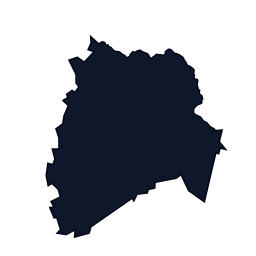 outline of Monroe, Tennessee, United States of America, rotated 259°
{"feature_id": "52423323B41310745386926", "entity_name": "Monroe", "entity_type": "district", "adm_level": 2, "iso_a3": "USA", "parent_name": "United States of America", "parent_adm1": "Tennessee", "projection": "robinson", "projection_center": [-84.153, 35.439], "detail": "fine", "context": "isolated", "style": "filled", "palette": "ink", "viewbox_px": 256, "rotation_deg": 259, "n_neighbors": 0, "source": "geoboundaries", "source_scale": "gbopen_adm2", "svg_char_len": 2295}
<svg xmlns="http://www.w3.org/2000/svg" viewBox="0 0 256 256"><g transform="rotate(259 128 128)"><path d="M108.1,220.0L108.8,212.6L109.0,212.9L109.5,213.0L111.1,212.2L111.3,211.7L113.7,208.9L118.6,206.1L119.5,204.4L121.1,203.1L124.4,201.6L125.3,200.8L128.1,197.0L129.4,195.8L130.7,195.3L133.2,195.8L134.7,196.5L136.7,199.1L136.8,199.6L137.6,200.6L138.0,203.8L138.5,205.0L138.9,205.4L141.1,205.6L142.4,206.9L145.7,206.6L146.2,205.9L148.3,204.6L148.9,204.6L151.3,205.5L151.6,205.3L152.1,204.5L153.3,204.3L157.4,204.1L158.5,204.4L159.6,205.0L160.6,205.4L161.5,205.5L162.1,205.4L162.6,205.1L162.7,204.3L163.1,203.1L163.4,203.0L164.6,202.6L166.6,202.7L166.6,203.0L166.8,203.3L167.2,203.3L168.8,202.8L170.6,203.4L170.9,203.6L172.4,203.9L174.2,202.9L177.2,200.1L177.3,199.4L177.8,198.5L180.0,197.7L181.3,197.4L183.6,196.3L186.2,195.7L187.3,195.0L190.5,191.7L192.7,187.6L195.0,186.2L195.4,186.0L196.9,184.8L197.6,182.6L195.9,179.4L195.1,179.0L193.1,178.4L192.8,178.0L192.9,176.1L193.9,173.1L193.9,172.6L194.0,171.8L194.6,171.0L194.9,170.0L194.3,168.7L193.9,168.5L192.0,164.0L192.2,163.4L192.9,163.0L196.4,161.8L196.9,161.6L197.9,160.3L198.3,159.5L199.6,157.4L202.1,154.7L201.9,151.9L201.4,150.4L200.9,149.7L201.1,149.0L201.9,147.6L201.9,147.3L199.9,144.4L199.6,144.1L198.6,143.9L198.4,143.6L197.5,141.9L197.4,140.6L197.8,139.6L198.8,139.1L199.7,138.8L200.7,137.4L202.8,135.3L203.9,134.6L204.6,133.5L204.8,133.2L205.2,131.3L205.7,130.2L207.0,128.5L210.1,126.8L211.8,124.6L213.5,124.2L213.4,122.7L214.0,121.7L214.5,121.6L215.6,121.8L216.1,121.6L217.3,120.0L217.4,118.6L217.4,118.3L216.1,115.4L224.9,108.8L218.5,108.0L212.5,103.7L209.4,109.2L201.0,97.6L207.1,91.8L205.9,83.0L190.4,87.2L182.1,85.6L177.7,87.6L173.3,82.8L175.6,80.2L172.8,74.1L169.3,74.8L167.5,69.3L161.4,73.7L152.0,67.4L144.6,64.8L142.4,60.2L141.0,57.1L131.5,58.3L120.6,56.2L121.8,49.7L111.6,50.3L106.4,47.3L108.7,42.6L96.9,38.6L86.6,38.6L88.1,42.8L81.1,47.8L73.3,48.4L70.5,38.4L64.5,40.2L64.9,36.0L53.8,38.3L53.8,41.0L41.1,42.4L38.3,38.3L35.2,46.9L38.1,56.6L31.1,54.8L32.2,69.8L38.1,72.8L58.3,118.7L55.3,119.8L61.3,124.3L60.5,134.5L63.8,136.2L63.9,142.8L69.5,144.2L69.5,165.6L72.2,171.1L54.9,175.6L41.0,188.9L86.7,209.4L85.4,212.1L90.7,214.6L88.3,219.8L97.0,215.0L108.1,220.0Z" fill="#0f172a" stroke="#020617" stroke-width="1.5"/></g></svg>